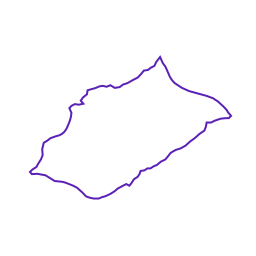 Mesópolis, São Paulo, Brazil, rotated 81°
{"feature_id": "56859067B74939382420673", "entity_name": "Mesópolis", "entity_type": "district", "adm_level": 2, "iso_a3": "BRA", "parent_name": "Brazil", "parent_adm1": "São Paulo", "projection": "robinson", "projection_center": [-50.616, -19.955], "detail": "fine", "context": "isolated", "style": "outline", "palette": "violet", "viewbox_px": 256, "rotation_deg": 81, "n_neighbors": 0, "source": "geoboundaries", "source_scale": "gbopen_adm2", "svg_char_len": 1482}
<svg xmlns="http://www.w3.org/2000/svg" viewBox="0 0 256 256"><g transform="rotate(81 128 128)"><path d="M62.9,85.2L67.3,89.9L70.7,92.1L72.1,96.1L73.8,99.3L73.8,103.4L76.6,106.5L79.7,110.5L81.4,115.7L83.6,121.6L84.3,126.1L86.3,129.9L86.3,134.8L83.0,138.7L83.9,142.6L82.4,146.4L82.4,149.7L83.5,154.1L84.0,158.7L84.4,162.0L88.3,163.3L90.8,167.7L93.6,170.4L97.0,168.3L97.3,172.9L96.1,176.8L97.2,180.2L99.2,182.8L104.3,181.5L108.2,182.7L111.5,184.2L114.8,186.1L118.9,188.7L121.7,191.3L123.5,194.1L124.5,197.2L124.9,200.7L125.9,206.0L128.0,210.0L129.4,213.5L135.7,216.1L141.3,216.5L145.3,218.8L149.1,222.2L152.2,224.6L154.0,228.8L156.1,231.7L158.5,230.2L159.1,224.4L160.2,221.5L161.8,216.9L164.3,214.0L168.9,208.7L170.8,201.5L172.2,198.3L174.4,194.6L176.1,191.7L179.0,187.7L184.5,183.2L189.0,180.1L190.9,176.6L192.3,172.9L193.1,168.1L192.3,164.8L191.8,160.8L190.3,155.6L188.2,150.8L186.2,147.7L184.6,143.1L183.1,138.5L185.2,135.7L183.1,133.3L179.5,130.1L177.7,126.0L175.1,123.7L172.4,122.3L172.4,118.3L170.9,115.2L171.4,112.1L169.9,108.8L169.0,105.2L166.3,100.6L164.9,96.0L162.0,92.7L159.2,89.7L157.1,84.3L156.4,79.3L154.5,74.1L150.9,68.5L148.8,64.3L147.2,61.6L145.1,58.5L142.6,53.1L139.0,50.9L134.9,49.5L135.6,45.3L134.3,41.0L133.3,35.1L133.5,30.8L134.0,26.9L132.1,24.3L128.3,26.7L125.7,27.7L122.1,30.1L116.0,34.9L111.9,39.4L108.5,45.5L101.1,61.9L96.6,68.7L90.8,75.0L87.7,77.0L84.1,78.6L80.6,79.5L73.4,81.4L69.3,83.5L62.9,85.2Z" fill="none" stroke="#5b21b6" stroke-width="2"/></g></svg>